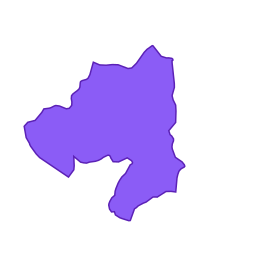 the Department of La Paz, rotated 132°
{"feature_id": "HND-649", "entity_name": "La Paz", "entity_type": "Department", "adm_level": 1, "iso_a3": "HND", "parent_name": "Honduras", "parent_adm1": "", "projection": "mercator", "projection_center": [-87.867, 14.132], "detail": "fine", "context": "isolated", "style": "filled", "palette": "violet", "viewbox_px": 256, "rotation_deg": 132, "n_neighbors": 0, "source": "natural_earth", "source_scale": "10m", "svg_char_len": 1738}
<svg xmlns="http://www.w3.org/2000/svg" viewBox="0 0 256 256"><g transform="rotate(132 128 128)"><path d="M60.9,166.6L56.8,166.5L50.6,165.1L50.2,164.4L52.5,151.3L50.2,146.3L48.6,144.6L46.9,142.0L46.9,140.7L47.6,140.0L48.5,140.3L50.1,138.8L64.0,123.3L66.8,120.7L74.1,117.1L74.8,116.4L76.9,113.3L79.1,107.9L83.3,103.7L92.0,96.3L102.7,95.9L104.8,92.3L104.7,90.2L105.6,86.9L107.1,85.6L110.2,84.4L112.6,82.7L114.0,81.0L118.1,73.2L117.0,65.1L117.6,61.6L118.4,60.2L119.6,60.1L121.4,60.8L123.4,61.3L126.1,61.2L129.2,59.9L132.3,58.2L143.6,49.7L146.3,53.6L149.8,57.3L159.9,60.1L160.1,60.6L162.4,63.1L163.2,63.4L171.0,65.0L173.7,66.4L178.9,68.3L181.6,68.5L183.7,69.1L195.2,64.4L196.3,65.3L199.4,72.1L200.2,74.2L201.0,79.2L199.3,82.1L201.4,84.1L200.6,87.5L198.2,90.7L197.0,91.5L194.7,92.4L190.7,93.3L186.9,92.8L183.5,95.3L181.2,96.4L175.7,98.4L172.5,99.2L168.5,99.8L163.4,99.4L153.8,101.7L152.3,101.1L151.9,101.1L151.2,101.2L150.6,101.6L149.9,103.4L150.7,108.6L159.5,112.3L163.0,116.5L161.8,120.7L161.2,121.7L160.8,123.1L161.1,124.1L162.1,125.0L166.3,126.7L168.9,127.2L171.8,128.3L174.6,130.0L179.1,133.8L181.8,135.3L183.6,137.7L185.1,140.4L185.4,149.3L192.0,142.8L195.3,140.3L204.3,139.4L209.1,173.9L208.7,178.9L206.7,188.2L206.0,190.0L205.3,191.0L203.3,197.2L196.2,206.3L190.8,206.3L184.5,202.1L174.0,202.5L170.1,203.3L166.0,199.8L164.5,198.9L160.9,197.5L159.6,196.7L157.5,193.6L155.0,186.7L152.6,184.8L148.8,185.0L146.2,187.1L144.1,189.8L141.7,191.6L139.2,191.7L134.2,190.7L131.6,190.5L129.7,191.2L126.4,193.7L125.2,194.3L123.5,193.8L119.7,191.4L118.3,191.1L117.7,191.0L113.9,192.0L102.3,197.8L100.1,191.3L96.0,186.3L91.3,182.0L87.6,177.6L83.8,167.8L80.9,165.4L74.2,165.0L60.9,166.6Z" fill="#8b5cf6" stroke="#5b21b6" stroke-width="1.5"/></g></svg>